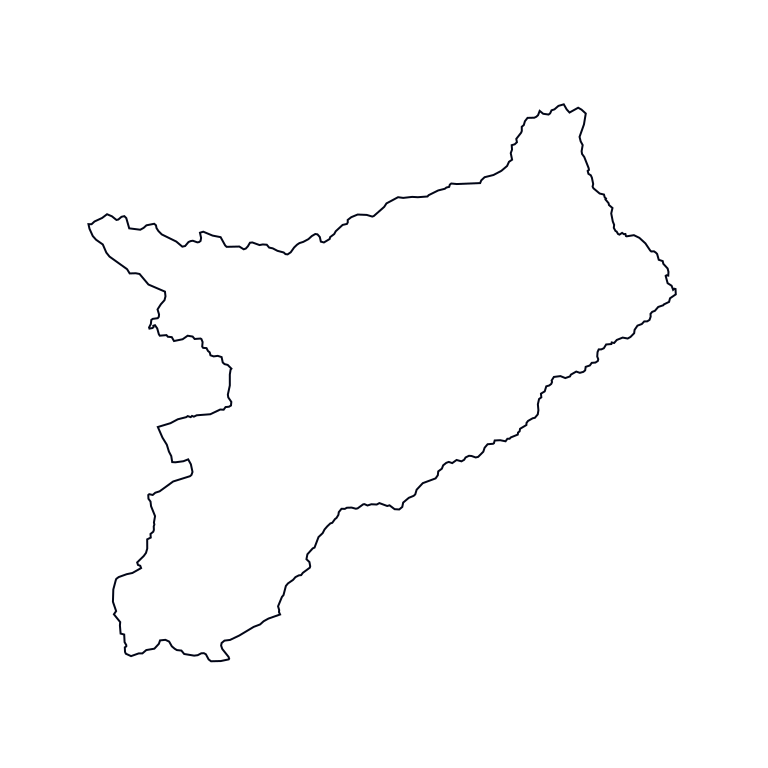 outline of Erati, Nampula, Mozambique, rotated 171°
{"feature_id": "85939544B1665883546251", "entity_name": "Erati", "entity_type": "district", "adm_level": 2, "iso_a3": "MOZ", "parent_name": "Mozambique", "parent_adm1": "Nampula", "projection": "albers", "projection_center": [39.844, -13.887], "detail": "fine", "context": "isolated", "style": "outline", "palette": "ink", "viewbox_px": 768, "rotation_deg": 171, "n_neighbors": 0, "source": "geoboundaries", "source_scale": "gbopen_adm2", "svg_char_len": 6132}
<svg xmlns="http://www.w3.org/2000/svg" viewBox="0 0 768 768"><g transform="rotate(171 384 384)"><path d="M153.2,387.9L152.6,389.4L150.3,388.5L147.2,391.1L141.0,392.5L136.2,390.8L133.2,391.9L129.0,395.0L128.0,398.3L124.5,402.0L120.0,402.9L117.2,405.1L114.2,404.7L111.7,405.8L110.1,408.8L109.8,411.6L107.8,413.3L105.0,413.9L101.1,417.2L95.8,418.1L95.2,418.8L89.6,420.5L88.1,423.9L81.8,426.9L81.2,432.2L82.4,432.7L83.7,431.8L84.6,436.1L88.1,439.2L88.9,446.7L88.0,447.2L86.3,446.6L85.5,450.2L85.8,453.7L89.3,459.0L89.5,461.8L93.2,463.7L93.9,469.7L95.0,471.3L96.6,472.8L99.3,473.1L100.2,474.2L103.8,482.0L108.9,488.4L113.9,491.9L121.3,491.9L121.9,492.3L122.1,494.4L123.7,494.5L125.2,496.0L128.1,494.7L129.4,495.6L130.4,498.2L131.4,498.9L132.6,502.3L131.8,505.2L132.6,508.7L132.9,516.9L130.8,522.1L133.8,525.6L133.9,527.5L136.4,531.6L135.7,532.5L136.8,533.7L137.1,536.7L141.2,538.4L146.5,544.5L147.1,546.3L146.1,548.8L146.4,555.3L147.1,557.8L149.2,559.6L149.5,562.6L148.1,563.4L148.1,565.2L150.7,576.9L152.4,580.2L152.4,583.0L150.4,588.9L151.8,592.9L152.2,597.5L145.9,609.1L142.4,619.6L146.0,624.1L149.0,626.5L158.3,623.1L160.6,626.6L162.7,632.1L168.2,631.4L172.7,628.6L175.7,628.1L177.6,625.3L179.3,624.4L184.5,626.0L187.5,629.4L189.8,625.4L191.8,624.1L193.9,623.5L200.6,624.4L203.7,621.5L205.4,617.9L207.7,616.5L208.3,612.4L209.2,610.8L215.0,605.4L214.9,602.0L217.4,600.3L220.5,599.9L220.9,595.4L222.7,592.2L222.4,585.5L225.8,583.9L228.3,580.1L234.7,576.2L243.2,573.3L252.3,572.5L256.1,569.9L257.6,567.4L280.8,570.1L286.2,571.5L287.8,570.6L288.8,568.5L291.6,568.3L293.4,567.3L300.2,566.7L310.4,563.5L311.7,562.4L321.4,563.2L326.9,564.4L335.9,564.8L340.9,566.3L353.3,562.0L356.1,558.9L367.8,551.5L369.4,551.2L374.6,553.7L383.5,555.5L390.2,553.9L394.2,551.7L394.5,549.3L395.6,547.9L400.0,547.6L407.8,542.4L409.7,539.9L414.2,537.5L415.0,535.7L421.2,533.2L424.1,534.5L424.4,539.2L426.3,542.2L428.4,542.9L432.2,541.4L436.0,538.9L441.5,537.0L445.5,536.4L448.1,535.2L451.4,532.9L455.5,528.7L458.9,527.1L461.0,527.7L462.5,529.6L468.4,532.2L472.7,535.4L476.1,536.7L478.0,539.9L481.9,540.8L485.2,540.7L491.9,544.4L494.3,544.5L496.9,541.3L499.3,539.4L501.5,539.0L505.4,542.4L518.0,544.1L519.2,545.7L522.4,554.6L530.1,557.4L538.7,562.7L542.1,562.2L541.8,556.9L542.8,554.0L544.5,553.1L546.2,553.1L550.4,555.4L552.6,555.4L554.9,554.8L558.8,551.4L561.7,551.2L566.9,557.2L580.1,566.5L582.9,570.4L584.3,573.6L584.4,576.4L585.9,578.2L593.8,577.9L597.0,575.8L600.6,574.5L611.3,577.6L612.6,588.2L614.2,590.4L617.1,590.2L620.7,588.0L622.6,587.9L626.5,592.2L631.0,595.0L636.4,592.1L644.5,589.8L647.8,587.6L650.9,588.1L650.6,583.4L648.5,575.7L645.8,571.5L639.9,565.8L637.7,557.2L635.2,552.8L619.8,537.6L617.9,533.0L611.8,532.2L608.2,530.9L601.1,519.1L585.9,509.5L586.1,504.8L587.7,501.1L591.9,497.7L596.0,493.1L595.3,487.9L595.9,485.6L597.2,484.4L602.2,484.5L603.8,483.7L604.9,479.7L607.2,476.6L607.0,475.4L603.9,475.5L602.7,476.3L602.7,477.6L601.0,477.9L599.3,474.4L598.6,468.4L597.9,466.8L591.2,466.3L590.1,464.5L586.3,463.5L584.7,459.3L575.9,459.7L570.4,462.4L565.6,460.8L564.0,458.1L558.1,457.6L557.3,456.9L556.6,453.8L557.7,449.4L557.0,448.0L553.7,447.2L552.7,444.2L551.2,442.5L550.9,439.5L547.9,437.9L543.8,437.8L540.2,436.0L539.9,430.5L538.4,428.6L535.4,427.3L532.3,423.0L533.3,422.1L534.8,417.5L536.5,406.7L539.9,397.9L539.9,395.1L537.6,390.2L538.5,386.7L540.7,385.8L544.1,386.0L546.4,383.7L549.8,384.4L560.3,381.3L573.9,382.4L576.9,381.5L578.6,382.5L580.1,381.5L582.9,383.0L584.5,382.2L593.2,381.4L601.0,378.7L614.1,376.9L611.2,365.7L608.0,358.0L607.0,350.9L605.4,346.1L605.4,340.0L602.3,339.3L594.2,339.1L589.2,340.2L587.3,334.9L586.9,327.1L588.4,324.3L590.0,323.3L607.5,320.7L622.4,313.1L626.9,312.4L629.8,310.6L633.1,311.9L634.2,311.2L634.6,307.5L633.0,304.4L633.2,299.8L630.8,289.3L632.9,283.2L632.8,281.1L633.7,279.4L634.1,275.9L635.0,274.2L638.1,272.4L638.4,268.8L642.2,267.6L643.6,258.5L645.5,254.4L648.2,251.7L655.7,246.4L655.3,243.8L653.2,242.6L652.7,240.2L662.1,236.7L667.9,236.4L676.3,234.8L678.9,233.4L679.6,232.2L683.5,223.4L685.8,211.3L684.1,201.6L686.8,198.8L681.8,190.1L682.6,186.9L683.2,178.7L679.8,177.2L680.6,169.6L679.4,166.4L679.6,165.2L681.2,164.4L681.7,159.9L681.2,158.0L676.4,154.8L668.3,156.3L664.8,155.7L660.4,158.4L652.2,158.5L647.0,162.6L645.3,165.8L639.9,165.5L636.5,163.2L634.6,158.1L632.2,155.3L630.2,153.6L625.8,152.4L623.6,148.6L614.0,145.4L610.4,145.3L606.6,146.6L604.0,146.3L602.2,144.9L600.3,139.4L598.2,137.2L588.5,135.9L580.5,136.3L579.9,136.9L580.2,138.8L585.2,147.6L585.8,151.1L584.9,153.6L581.7,155.5L576.1,155.3L566.3,158.2L550.7,164.5L544.0,165.9L540.0,168.5L534.8,170.4L522.7,172.6L523.4,175.2L522.9,177.1L523.4,181.0L518.1,189.7L516.3,191.2L512.5,199.9L510.0,202.1L504.4,204.8L501.7,207.1L498.1,208.3L495.7,208.2L493.7,210.2L486.0,214.2L485.4,215.5L485.5,219.8L488.0,223.1L486.3,227.8L480.1,232.8L478.2,233.3L472.6,243.1L467.9,246.3L465.5,249.6L462.3,252.3L458.8,254.7L456.8,255.0L453.5,258.3L451.9,259.1L449.5,261.9L448.7,264.5L445.5,267.4L442.2,266.8L440.0,267.6L435.3,267.0L431.3,265.2L429.5,265.3L423.4,268.4L422.1,268.4L419.3,266.6L415.3,267.2L410.0,266.1L407.2,267.1L399.9,263.0L397.5,263.3L393.1,258.7L388.6,257.7L385.2,259.7L383.6,263.9L377.3,267.7L372.2,268.9L370.4,270.1L368.3,274.5L361.2,280.0L347.8,282.7L345.1,285.5L344.1,289.2L340.1,291.3L338.3,294.4L334.8,296.4L332.2,296.9L329.0,295.2L324.2,297.6L319.6,295.5L316.7,296.6L314.9,298.7L311.3,299.8L308.8,299.2L304.9,297.1L302.4,297.3L296.5,301.6L294.6,305.3L291.1,308.3L285.6,307.9L284.7,308.3L283.5,310.9L278.0,310.3L272.9,308.4L270.7,310.6L268.5,310.3L267.1,311.4L259.8,313.1L259.2,315.1L257.5,316.0L256.6,318.5L249.8,321.2L249.3,323.3L247.5,325.0L242.5,326.9L240.3,327.0L236.9,329.9L235.6,333.9L235.2,339.9L233.2,344.9L230.7,346.2L230.5,349.9L226.4,351.6L224.1,356.3L221.0,356.7L218.8,357.9L217.7,359.7L217.9,361.2L215.1,364.4L208.5,364.2L204.0,361.5L199.1,362.4L198.0,364.0L192.2,366.2L188.8,364.4L185.2,364.8L183.2,366.0L182.1,369.4L177.8,370.1L175.5,372.4L171.8,372.1L169.2,373.3L168.5,375.0L169.1,377.8L168.1,382.1L166.5,384.6L164.0,384.2L161.3,384.9L158.4,388.3L153.2,387.9Z" fill="none" stroke="#020617" stroke-width="2"/></g></svg>